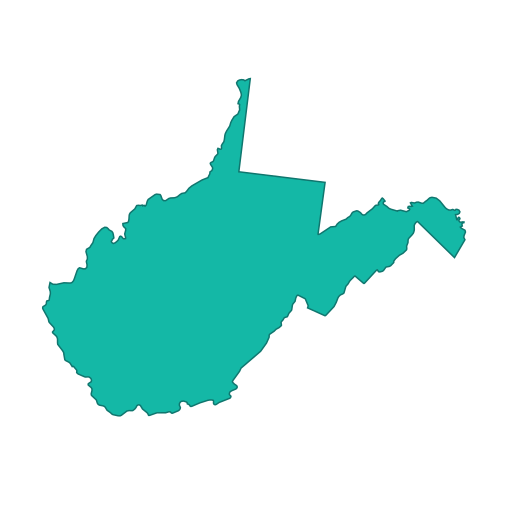 the border of West Virginia, rotated 7°
{"feature_id": "USA-3554", "entity_name": "West Virginia", "entity_type": "State", "adm_level": 1, "iso_a3": "USA", "parent_name": "United States of America", "parent_adm1": "", "projection": "robinson", "projection_center": [-80.323, 38.926], "detail": "fine", "context": "isolated", "style": "filled", "palette": "teal", "viewbox_px": 512, "rotation_deg": 7, "n_neighbors": 0, "source": "natural_earth", "source_scale": "10m", "svg_char_len": 6079}
<svg xmlns="http://www.w3.org/2000/svg" viewBox="0 0 512 512"><g transform="rotate(7 256 256)"><path d="M54.8,307.4L57.8,308.8L61.5,308.5L68.6,306.0L74.9,305.5L76.4,304.9L77.7,303.2L78.3,301.4L80.2,292.4L81.1,290.2L82.3,289.2L86.3,289.8L88.2,289.5L89.5,287.8L89.4,285.4L88.3,282.3L88.4,281.2L89.0,279.8L88.7,277.2L86.7,272.4L87.0,270.0L90.0,267.7L91.0,265.4L92.5,262.6L93.1,258.4L94.5,255.3L96.9,251.4L99.7,247.8L102.4,245.9L104.4,245.9L105.9,246.9L107.2,248.1L109.9,249.1L111.0,250.3L111.7,251.9L112.7,255.3L112.5,255.9L111.5,256.7L111.2,258.0L110.6,259.1L111.2,260.2L112.8,261.0L114.6,260.1L116.2,258.4L117.3,257.0L118.4,253.3L119.3,252.8L120.3,253.2L121.8,254.7L122.7,255.0L124.4,254.6L124.3,253.4L123.6,251.8L123.0,250.1L123.5,246.4L123.3,244.6L121.7,243.6L120.5,242.3L120.2,241.7L119.9,240.0L124.6,238.4L125.2,237.4L125.4,235.1L125.2,231.3L125.3,230.0L126.0,228.4L130.0,224.0L131.4,220.5L133.0,220.0L135.1,220.0L136.9,219.3L137.5,220.1L138.7,219.3L139.8,220.1L140.8,218.8L141.4,214.8L142.1,213.0L148.4,207.3L149.8,206.7L153.3,206.7L154.1,207.5L156.0,211.2L157.6,212.3L159.6,212.1L162.5,209.5L164.2,208.8L167.8,208.2L169.5,207.5L170.8,206.7L173.2,204.2L174.6,203.0L178.0,201.9L179.2,200.3L181.2,196.9L183.9,194.1L193.2,187.1L198.9,184.0L199.1,182.9L200.1,180.2L200.1,178.1L201.8,176.6L202.3,174.6L202.0,173.3L199.8,170.7L199.3,169.5L200.0,168.6L201.8,167.5L202.3,166.4L202.9,163.4L203.4,162.2L205.5,159.5L205.7,158.7L204.7,155.3L205.1,153.8L206.0,153.9L207.1,154.4L208.2,154.3L208.7,153.3L208.2,150.8L208.8,149.1L210.2,146.4L210.4,144.1L210.4,139.9L210.7,138.0L211.6,135.5L214.1,130.2L214.7,126.6L215.5,124.2L217.3,120.3L220.3,117.7L220.8,117.1L221.6,114.0L222.0,113.4L221.8,112.0L221.3,109.8L221.3,107.7L220.4,107.1L219.6,107.0L219.8,104.6L221.5,100.7L221.9,98.4L221.6,96.9L220.9,95.1L219.0,91.7L216.3,88.2L215.6,86.5L216.5,84.5L218.0,83.4L220.2,82.7L222.3,82.7L223.7,83.4L227.4,81.0L228.7,80.6L228.7,174.5L315.6,174.5L314.9,226.7L315.1,227.0L316.2,226.7L317.3,226.0L326.6,218.0L331.4,217.0L332.7,214.4L334.4,212.4L336.7,210.7L341.0,208.4L342.3,206.8L344.2,205.3L345.0,204.2L346.0,201.7L347.0,200.5L350.2,198.9L351.6,198.9L354.4,200.2L355.9,201.6L356.8,202.1L358.2,202.2L359.1,201.8L360.0,201.0L360.8,199.8L365.8,194.9L368.2,191.5L368.9,191.0L370.8,190.6L371.6,190.1L371.0,188.8L371.3,187.8L372.8,185.6L373.8,183.5L374.3,183.1L375.3,183.7L377.4,185.8L377.3,186.1L376.2,186.6L375.9,187.1L375.8,188.2L376.3,189.1L379.9,190.9L382.0,192.4L384.1,193.1L390.9,194.2L391.1,193.8L393.9,192.9L399.9,193.7L402.5,191.9L402.9,190.8L402.5,190.3L400.8,189.8L401.1,188.3L402.4,187.9L404.0,187.9L405.1,187.5L402.8,184.5L403.6,183.9L406.8,184.1L408.9,183.0L410.6,182.7L413.9,183.4L415.6,183.3L417.7,181.0L418.7,180.2L421.1,177.4L421.8,176.9L423.5,176.3L427.8,176.6L431.7,178.9L438.1,185.1L439.7,186.1L441.6,186.8L443.4,186.8L445.6,185.8L447.9,186.5L448.4,186.1L448.8,185.3L449.8,185.2L451.8,185.7L453.0,187.3L452.6,188.9L451.1,190.1L449.0,190.6L450.8,195.5L451.3,195.5L451.9,193.5L452.6,192.8L453.3,193.1L453.9,194.2L453.1,195.6L453.0,196.2L454.1,197.4L455.3,197.5L456.7,197.0L458.3,196.9L458.3,197.6L457.1,198.0L456.6,198.7L456.6,199.9L457.1,201.1L455.3,202.4L456.4,203.4L460.3,205.0L461.0,206.7L460.0,210.5L460.0,212.3L461.4,214.4L453.2,233.4L412.2,202.1L411.1,202.7L409.9,204.5L409.3,206.4L409.9,210.4L409.9,211.5L409.6,213.3L409.3,214.3L408.1,216.3L405.5,219.8L405.1,220.7L405.0,221.7L405.2,224.2L404.3,227.7L404.8,230.7L404.6,231.6L404.2,232.1L401.6,235.3L398.2,237.8L394.9,241.6L393.4,244.2L393.5,245.7L390.9,249.2L389.6,250.1L386.7,251.0L386.2,251.4L384.3,254.9L383.2,255.8L381.2,256.6L380.0,256.8L379.3,256.4L378.2,255.0L377.4,255.3L367.0,269.8L366.5,270.1L365.9,269.9L356.9,263.9L356.4,263.9L356.0,264.3L352.5,268.8L351.9,269.8L350.8,272.4L348.9,275.2L347.8,282.0L346.8,283.0L344.6,284.3L343.8,285.2L343.0,286.3L342.4,287.7L341.3,292.2L339.6,296.7L332.6,306.3L331.8,306.9L313.5,301.2L313.9,299.1L310.2,292.6L309.7,292.3L302.7,289.8L302.2,289.8L301.6,290.2L301.2,291.0L300.6,292.7L300.3,296.2L298.3,299.4L298.1,300.8L298.0,305.1L297.8,305.7L295.6,308.9L294.7,311.9L294.4,312.5L291.9,313.6L291.5,314.0L290.5,316.3L289.2,318.1L289.0,319.0L289.7,321.6L289.4,322.3L287.6,324.3L284.9,326.2L283.1,328.5L279.2,331.9L278.7,332.9L278.9,334.8L278.8,335.4L277.0,341.2L272.2,350.0L254.8,369.1L253.7,372.5L248.3,382.3L247.9,383.4L248.2,384.2L250.2,385.8L252.6,387.0L253.2,387.9L253.3,388.8L252.8,389.9L252.0,390.6L248.3,392.7L246.8,394.0L246.5,394.7L246.3,395.9L246.5,396.8L248.2,398.2L248.1,399.3L247.8,399.8L247.5,400.3L237.2,405.9L234.7,408.1L233.7,408.6L232.8,408.5L232.1,408.0L231.7,407.1L231.6,405.3L231.2,404.5L229.8,404.3L227.8,404.5L225.8,405.1L218.2,408.6L210.6,413.0L209.6,413.3L209.0,413.1L208.0,411.8L205.8,411.1L205.6,410.0L204.9,409.4L201.8,408.8L199.8,409.3L198.7,410.2L198.0,411.8L198.1,413.4L199.4,415.6L199.3,416.9L198.8,418.0L197.9,419.0L192.3,422.2L191.2,422.2L190.1,421.2L188.6,421.2L185.5,422.6L176.8,423.7L169.9,427.1L169.0,427.3L168.6,427.0L167.8,425.6L166.8,424.7L162.0,421.7L159.5,418.5L158.3,418.0L157.3,418.1L156.1,419.0L155.3,421.1L154.4,422.6L152.7,424.3L152.1,424.6L148.8,424.9L146.8,425.6L141.8,430.5L140.6,431.2L138.6,431.4L133.5,430.9L132.5,430.6L130.4,429.1L127.0,427.3L124.8,424.5L124.0,423.9L122.8,423.4L118.7,423.1L117.4,422.5L116.4,421.3L115.4,419.0L114.9,418.2L109.7,414.4L109.2,413.0L109.6,409.3L109.3,407.8L108.5,406.7L105.2,404.5L105.0,403.6L105.2,403.1L107.7,400.9L107.9,399.4L107.3,398.0L106.6,397.3L105.1,396.5L104.1,396.4L101.6,396.9L100.6,396.8L93.9,394.8L92.8,394.1L92.2,393.5L92.2,391.9L91.8,391.0L88.5,388.0L87.8,387.8L87.1,388.2L84.5,385.0L83.2,384.2L79.9,383.0L79.2,382.6L78.8,382.0L77.3,377.1L77.1,376.0L76.6,374.9L75.5,373.5L70.0,367.9L69.6,366.4L69.1,362.4L68.2,360.6L67.2,359.6L63.8,357.2L63.4,356.7L63.3,356.2L64.8,353.9L64.7,352.9L64.4,352.2L63.7,351.2L59.1,347.3L58.5,346.6L57.3,343.3L51.0,334.6L50.6,333.7L50.6,332.7L50.8,332.2L52.6,330.8L53.5,329.8L53.7,328.8L53.6,327.2L53.8,326.2L54.1,325.9L55.5,325.5L56.1,324.9L56.1,322.2L56.5,318.7L56.2,316.5L54.4,312.5L54.8,307.4Z" fill="#14b8a6" stroke="#0f766e" stroke-width="1.5"/></g></svg>